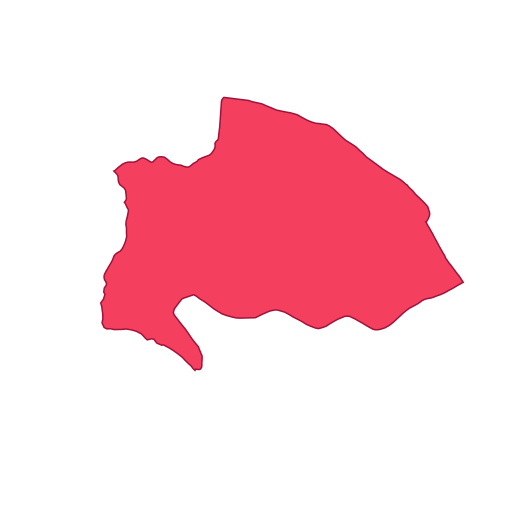 outline of Park Ou, Louangphrabang, Laos, rotated 48°
{"feature_id": "54806243B64130062108645", "entity_name": "Park Ou", "entity_type": "district", "adm_level": 2, "iso_a3": "LAO", "parent_name": "Laos", "parent_adm1": "Louangphrabang", "projection": "mercator", "projection_center": [102.32, 20.145], "detail": "fine", "context": "isolated", "style": "filled", "palette": "rose", "viewbox_px": 512, "rotation_deg": 48, "n_neighbors": 0, "source": "geoboundaries", "source_scale": "gbopen_adm2", "svg_char_len": 3989}
<svg xmlns="http://www.w3.org/2000/svg" viewBox="0 0 512 512"><g transform="rotate(48 256 256)"><path d="M178.3,390.2L180.9,393.3L183.4,393.9L186.0,398.2L187.0,402.8L190.4,404.5L196.4,408.6L200.2,411.8L202.6,415.1L207.5,416.7L210.4,415.6L212.7,412.8L215.8,410.6L220.4,405.3L223.5,401.2L227.7,397.9L231.5,395.5L237.1,393.3L239.7,393.2L243.5,393.2L245.6,392.9L247.6,389.1L249.7,387.5L252.5,387.9L254.6,387.9L259.3,385.7L259.8,384.8L259.9,384.6L260.1,384.2L262.6,383.4L265.3,382.3L270.2,380.9L274.9,379.8L279.8,378.9L282.2,378.5L286.0,378.5L290.6,378.2L294.1,377.8L297.6,378.1L300.2,377.9L299.7,376.7L300.4,375.9L300.6,375.8L301.9,374.7L302.6,373.8L302.7,373.4L302.8,373.0L302.9,372.7L302.7,372.3L302.4,371.0L301.0,369.4L298.8,367.4L297.1,365.6L295.2,363.8L293.8,362.7L292.0,362.3L290.5,361.6L288.3,360.9L285.7,359.9L285.1,359.5L280.3,359.4L274.7,359.0L268.7,358.1L262.6,357.4L256.5,357.1L249.8,356.6L245.0,356.2L242.6,355.2L240.7,352.1L239.8,348.0L238.3,339.7L239.2,337.3L243.1,328.2L245.9,327.2L249.9,326.5L256.1,324.7L261.9,323.6L267.5,322.6L276.2,320.0L280.5,317.7L285.5,314.5L288.6,312.3L291.4,309.5L295.6,304.6L301.5,297.7L303.5,290.3L306.1,282.6L308.8,278.0L310.4,276.3L314.0,274.0L317.0,272.2L321.8,270.5L325.7,269.4L334.8,265.9L340.5,264.3L345.1,262.2L349.2,260.1L351.7,258.2L353.3,255.2L355.0,251.2L355.8,246.4L356.7,242.0L357.6,237.9L360.3,230.4L361.5,228.7L363.6,226.8L369.1,224.5L373.1,223.2L376.6,222.0L380.6,220.8L384.1,219.7L388.7,218.1L390.9,216.5L392.9,214.0L394.2,211.5L395.6,208.4L396.5,204.7L396.7,203.7L396.9,201.9L397.1,198.4L397.1,195.8L396.9,185.0L397.1,180.3L397.5,176.8L398.7,172.0L399.8,167.4L400.3,162.5L401.3,159.0L402.3,157.3L404.2,154.2L405.4,151.7L407.1,147.1L408.0,145.1L409.7,139.9L410.6,135.5L411.4,132.6L412.0,129.9L412.4,127.5L414.2,119.6L407.3,118.5L402.3,118.2L392.9,117.3L390.8,117.3L388.7,117.0L386.1,116.7L385.1,116.6L384.0,116.4L382.7,115.8L380.9,115.3L379.3,115.1L377.5,114.7L374.8,114.1L370.7,113.2L368.1,112.5L363.6,111.4L361.7,111.0L357.7,109.9L353.9,109.1L350.5,108.3L348.9,108.1L345.8,107.3L344.1,106.9L344.5,106.1L343.8,103.8L343.4,102.8L342.6,101.2L342.1,100.2L341.2,99.0L340.1,98.1L336.3,96.3L334.3,95.4L329.5,95.3L323.8,95.6L316.6,96.2L312.7,95.9L307.4,96.4L304.0,96.2L303.2,96.6L302.3,96.7L299.4,97.0L295.7,97.6L291.1,99.1L281.6,102.1L277.1,103.4L266.2,105.6L261.8,106.5L256.4,107.7L251.5,107.8L247.6,108.3L241.4,108.8L237.9,109.7L229.8,112.0L225.2,112.5L222.4,112.7L213.2,113.4L208.3,114.5L205.4,115.7L202.4,118.4L200.2,120.1L198.4,121.8L196.9,123.1L193.9,124.9L189.4,127.1L183.8,129.1L178.9,130.7L176.2,132.3L172.2,134.9L169.2,137.3L164.5,140.8L160.8,143.4L156.7,145.2L150.6,148.2L147.1,149.7L143.2,152.4L139.1,155.4L135.4,157.5L116.7,173.7L116.7,175.0L117.2,177.0L118.1,178.3L135.5,196.3L141.8,203.5L143.8,205.7L144.1,206.8L144.2,209.3L144.8,211.1L146.2,212.2L147.9,213.8L149.1,216.6L150.0,220.7L149.8,223.4L147.1,230.1L145.9,234.2L146.2,236.2L145.8,238.8L145.3,240.4L145.2,244.8L144.7,246.7L143.6,248.0L140.7,249.9L138.4,250.9L135.5,253.5L132.6,255.4L130.1,256.4L128.5,256.8L124.2,257.3L121.4,257.9L119.1,259.7L117.4,261.8L116.8,263.6L117.0,269.7L116.4,271.0L115.2,271.5L111.0,272.7L108.1,273.9L106.9,275.1L106.3,276.8L105.7,281.3L104.4,284.1L100.7,288.1L99.4,290.5L98.4,293.8L98.0,299.4L98.1,304.1L97.8,304.8L99.8,304.7L101.4,304.6L103.6,304.9L104.8,305.5L107.6,307.7L109.1,308.6L111.0,309.2L112.0,309.4L114.1,309.0L117.3,308.5L119.2,308.8L120.7,309.5L124.0,311.9L126.5,313.8L127.4,315.0L127.7,316.3L128.0,317.9L129.4,318.0L131.2,318.5L133.2,319.2L135.9,319.8L137.1,320.6L139.0,323.1L140.9,325.7L143.3,329.3L145.5,331.6L148.5,333.5L152.6,337.2L154.9,338.9L157.6,342.9L158.7,344.9L159.9,347.5L161.0,350.3L161.6,353.7L160.8,357.0L160.6,359.5L161.0,361.7L161.9,363.3L162.9,365.2L164.3,369.0L165.6,373.5L166.2,375.0L166.7,376.9L167.6,379.2L168.1,380.5L169.1,382.2L170.5,383.4L171.8,384.2L173.2,384.6L175.0,385.0L176.0,385.3L176.8,385.9L177.1,386.3L177.5,386.8L178.3,390.2Z" fill="#f43f5e" stroke="#9f1239" stroke-width="1.5"/></g></svg>